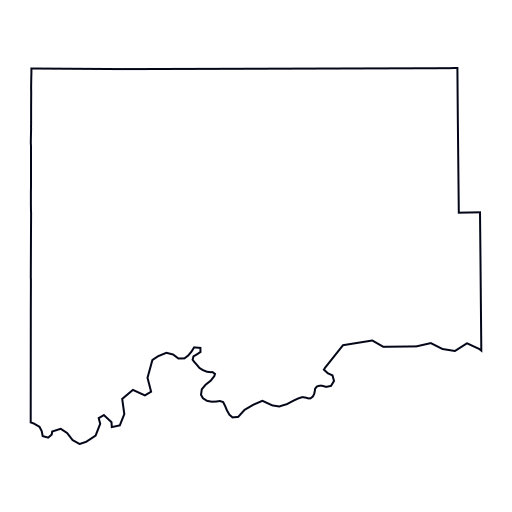 Williams, North Dakota, United States of America (orthographic projection)
{"feature_id": "52423323B9196090230965", "entity_name": "Williams", "entity_type": "district", "adm_level": 2, "iso_a3": "USA", "parent_name": "United States of America", "parent_adm1": "North Dakota", "projection": "orthographic", "projection_center": [-103.614, 48.296], "detail": "fine", "context": "isolated", "style": "outline", "palette": "ink", "viewbox_px": 512, "rotation_deg": 0, "n_neighbors": 0, "source": "geoboundaries", "source_scale": "gbopen_adm2", "svg_char_len": 1842}
<svg xmlns="http://www.w3.org/2000/svg" viewBox="0 0 512 512"><path d="M457.4,68.0L454.0,68.0L449.4,68.2L122.6,69.1L31.4,68.5L31.4,72.4L31.4,73.1L31.3,76.1L31.1,87.9L31.2,92.0L31.1,108.0L31.1,120.8L31.1,125.3L31.0,125.7L31.1,128.4L31.0,132.9L30.8,142.8L31.0,146.1L31.0,161.1L31.0,168.9L31.0,169.1L31.0,172.1L31.0,172.8L31.0,186.6L30.9,192.2L30.9,203.5L30.9,204.2L31.0,212.3L31.1,212.6L31.0,230.3L30.8,277.8L30.9,278.7L30.9,283.6L30.9,284.5L30.9,286.3L30.8,312.6L30.8,313.4L30.8,322.4L30.8,329.0L30.7,422.4L33.8,423.5L39.5,426.8L41.7,431.1L42.7,436.1L48.2,437.6L51.7,434.6L52.2,431.5L60.7,428.8L67.1,433.0L72.6,440.1L79.6,444.0L86.2,441.8L95.6,435.6L100.2,423.8L98.7,418.1L103.9,415.1L111.5,422.2L111.8,427.1L119.8,425.4L124.3,414.1L122.2,398.9L132.9,389.9L144.9,395.4L151.1,391.7L147.5,377.8L152.4,360.0L158.1,356.2L166.4,352.8L173.1,354.5L178.4,358.5L184.4,358.4L188.1,355.6L191.5,351.6L194.1,347.4L200.4,347.9L200.5,352.0L196.2,354.8L193.5,356.3L192.6,359.7L194.0,361.6L197.0,365.0L199.5,368.0L202.9,370.1L206.8,371.7L210.5,372.2L212.5,372.1L215.0,373.9L214.3,376.1L210.7,380.7L205.6,384.7L201.8,389.3L201.0,394.8L202.9,398.2L206.9,400.8L211.5,401.7L215.8,401.6L219.9,401.0L223.2,402.1L225.3,406.4L227.0,410.5L229.4,414.7L232.5,417.4L238.2,416.9L244.6,409.8L253.6,404.6L262.4,400.8L272.3,405.4L279.3,406.5L282.6,405.4L286.8,404.2L290.2,402.4L293.8,400.5L298.1,398.5L302.3,397.1L305.6,397.6L308.4,398.4L310.4,398.4L312.8,396.6L314.2,393.9L314.8,391.1L315.1,388.7L316.9,386.5L318.8,385.9L321.0,385.6L323.4,386.1L326.1,386.9L331.0,385.9L334.0,381.0L332.5,375.4L327.9,373.3L323.9,369.7L325.1,367.7L343.0,345.2L372.3,340.5L383.3,346.8L391.3,346.7L416.3,346.4L430.8,343.1L442.5,349.0L454.9,351.0L467.0,343.3L479.3,349.0L481.3,350.6L480.5,261.5L480.0,212.3L458.8,212.7L457.8,116.3L457.4,68.0Z" fill="none" stroke="#020617" stroke-width="2"/></svg>